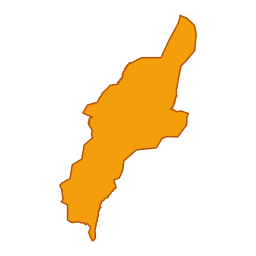 Ixtamir, Arhangay, Mongolia (Albers equal-area conic projection)
{"feature_id": "93677404B6995675757319", "entity_name": "Ixtamir", "entity_type": "district", "adm_level": 2, "iso_a3": "MNG", "parent_name": "Mongolia", "parent_adm1": "Arhangay", "projection": "albers", "projection_center": [100.859, 47.539], "detail": "fine", "context": "isolated", "style": "filled", "palette": "amber", "viewbox_px": 256, "rotation_deg": 0, "n_neighbors": 0, "source": "geoboundaries", "source_scale": "gbopen_adm2", "svg_char_len": 4921}
<svg xmlns="http://www.w3.org/2000/svg" viewBox="0 0 256 256"><path d="M194.7,50.5L196.2,34.3L194.5,25.5L187.1,18.4L180.2,15.4L179.9,17.6L177.9,24.0L168.9,40.5L161.0,57.7L141.5,57.7L130.9,63.3L130.0,62.6L129.8,62.7L129.6,62.9L129.2,63.1L129.1,63.3L129.2,63.6L129.1,63.8L128.9,64.0L128.5,64.4L128.0,64.4L127.9,64.5L128.0,64.5L128.0,64.8L128.0,65.0L127.8,65.0L127.7,65.1L127.5,65.3L127.2,65.5L127.1,66.2L126.8,66.1L126.7,66.2L126.7,66.3L126.8,66.5L126.7,66.6L126.5,66.8L126.2,67.1L126.0,67.3L125.7,68.2L125.4,68.3L125.4,68.6L125.5,68.9L125.5,69.0L125.2,69.0L125.4,69.2L125.2,69.4L125.2,69.5L124.8,69.8L124.7,69.8L124.4,70.1L124.4,70.3L124.4,70.6L124.2,70.6L124.1,70.9L124.0,71.0L123.9,71.3L124.0,71.4L123.9,71.5L123.7,71.8L123.5,72.3L123.1,72.5L122.9,73.7L122.9,73.8L122.5,73.9L122.5,74.0L122.5,74.5L122.4,74.7L122.6,74.9L122.8,75.1L122.7,75.4L122.7,75.7L122.4,76.0L122.6,76.4L122.6,76.5L122.4,76.7L122.2,77.2L122.0,77.3L121.9,77.4L122.1,77.7L122.1,77.8L121.9,78.1L121.8,78.4L121.7,78.5L121.4,78.4L120.9,78.7L120.8,78.9L120.8,79.1L120.6,79.3L120.4,79.3L120.4,79.6L120.1,79.7L120.0,79.8L119.9,80.0L120.0,80.2L119.8,80.3L119.7,80.7L119.5,80.9L119.3,81.0L119.2,81.1L119.0,81.3L118.9,81.3L118.7,81.7L118.7,81.8L118.1,81.9L118.0,82.0L118.4,82.3L118.2,82.4L118.2,82.6L118.0,82.9L118.0,83.0L118.1,83.3L118.0,83.5L117.7,83.5L117.7,83.9L117.6,84.1L117.7,84.3L113.0,84.8L109.7,85.5L108.7,87.2L105.3,90.5L102.3,93.2L101.2,96.1L99.4,97.8L97.4,102.3L87.4,105.0L82.9,113.0L92.1,117.2L92.1,117.3L91.9,117.5L91.6,117.7L91.2,117.6L90.8,117.7L90.6,117.6L90.3,117.6L90.3,117.8L90.0,118.1L89.8,118.3L89.8,118.6L89.6,118.8L89.5,119.0L89.3,118.8L89.1,119.0L89.2,119.3L89.2,119.5L89.2,119.8L89.2,120.0L89.0,120.4L89.1,120.6L89.3,120.7L89.3,120.8L89.1,121.1L89.3,121.2L89.2,121.5L89.0,121.8L88.9,122.0L89.2,121.9L89.1,122.1L89.0,122.3L88.9,122.5L88.7,122.7L88.7,122.9L89.2,122.9L89.2,123.0L88.8,123.6L88.6,123.7L88.4,123.7L88.5,124.1L92.4,130.8L91.4,134.0L92.6,137.7L84.2,145.1L81.9,159.0L72.3,164.8L70.0,178.6L62.4,182.7L59.8,185.4L61.7,189.6L63.0,199.1L61.4,201.8L67.5,204.9L67.6,217.9L67.4,218.8L67.6,219.7L67.8,220.0L69.1,220.8L70.0,221.7L71.0,222.2L71.6,222.4L72.3,222.5L73.2,222.5L73.9,222.4L74.9,222.1L78.9,221.8L79.3,221.9L80.0,222.3L80.5,222.6L80.9,222.7L82.2,222.7L83.2,222.9L84.3,223.2L84.7,223.6L84.9,224.1L85.1,224.4L85.6,224.6L85.9,224.6L86.2,224.5L86.6,224.0L86.9,223.7L87.4,223.5L90.7,227.7L88.7,232.3L90.3,236.8L92.2,240.6L93.5,240.3L94.2,239.8L94.8,238.8L95.1,238.3L95.4,237.1L95.2,236.0L95.3,234.7L95.3,234.4L95.3,234.2L95.4,233.8L95.3,233.2L95.1,232.8L95.1,232.2L95.1,231.8L94.9,231.3L94.8,230.5L94.8,230.3L95.1,229.7L95.1,229.4L95.3,229.0L95.2,228.5L95.3,228.2L95.6,227.7L95.7,227.0L95.6,226.8L95.5,226.7L95.7,226.4L95.8,225.5L96.0,225.3L96.0,225.1L96.1,224.8L96.2,224.7L96.1,224.4L96.1,224.2L96.0,223.8L95.9,223.7L96.2,223.2L96.3,223.0L96.3,222.6L96.5,222.4L96.9,221.8L97.2,221.3L97.3,221.2L97.2,221.0L97.2,220.9L97.2,220.7L97.2,220.4L97.3,220.2L97.4,219.9L97.5,219.4L97.4,219.0L97.3,218.9L97.3,218.7L97.2,218.4L97.7,217.2L97.8,217.0L97.8,216.7L98.1,216.4L97.9,216.0L97.9,215.7L98.5,215.2L98.6,214.8L98.5,213.9L98.4,213.5L98.4,213.4L98.3,213.2L98.2,212.8L98.0,212.6L98.0,212.3L98.2,211.8L98.6,211.4L98.6,211.2L98.8,211.2L99.2,210.4L99.1,210.0L99.2,209.6L99.5,208.7L100.0,208.4L100.4,208.1L100.5,207.7L100.8,207.1L100.6,206.9L100.4,206.8L100.2,206.7L100.0,206.2L100.0,205.6L100.2,204.9L100.5,204.6L100.6,204.2L100.8,203.8L101.3,203.4L101.3,202.9L101.3,202.5L101.5,202.0L101.5,201.4L101.7,201.1L102.1,201.0L102.8,200.8L103.2,200.6L104.3,199.7L104.6,199.0L104.8,198.8L105.0,198.7L105.3,198.4L105.8,198.1L106.0,197.9L106.4,197.7L107.3,197.7L107.6,197.6L107.8,197.5L107.9,197.3L108.1,197.1L108.2,196.8L108.2,196.5L108.1,196.0L108.1,195.9L108.6,195.5L109.0,195.3L109.1,194.9L109.8,194.6L110.3,193.6L110.7,193.5L110.7,193.3L111.3,192.1L111.5,191.9L112.6,191.2L112.8,191.1L112.9,190.9L113.3,190.5L113.4,190.2L113.5,189.8L113.7,189.6L113.7,189.4L113.8,189.3L114.3,189.1L114.3,188.9L114.5,188.7L115.1,188.7L115.2,188.4L115.6,188.2L115.6,187.9L115.9,187.6L116.1,187.4L113.8,180.1L119.4,177.8L122.8,169.8L123.9,160.7L132.6,153.2L136.6,149.8L156.2,147.9L161.8,138.8L166.5,136.6L177.8,136.9L180.0,133.8L186.6,125.0L186.9,117.3L188.3,113.5L180.8,110.9L176.9,111.7L173.3,109.7L170.7,108.9L170.8,108.8L170.9,108.7L171.1,108.7L171.4,108.3L171.8,108.1L172.1,107.7L172.5,107.5L172.6,107.3L172.8,106.8L172.8,106.4L173.0,106.4L173.1,106.2L173.3,105.5L173.5,105.2L173.6,104.9L173.8,104.6L173.8,104.2L174.4,103.5L174.5,103.2L174.7,102.9L174.6,102.6L174.2,102.3L174.3,102.2L174.2,101.9L174.4,101.9L174.5,101.7L174.6,101.2L174.8,101.0L174.8,100.7L175.1,100.5L175.2,100.1L175.4,99.7L175.4,99.1L175.3,98.9L175.3,98.5L175.5,98.2L175.3,97.9L175.3,97.7L175.9,97.6L176.0,97.5L176.2,96.4L176.5,96.1L176.9,95.8L176.7,95.5L176.4,95.3L176.3,94.9L176.4,90.0L178.5,78.2L181.0,65.9L186.1,60.9L194.7,50.5Z" fill="#f59e0b" stroke="#b45309" stroke-width="1.5"/></svg>